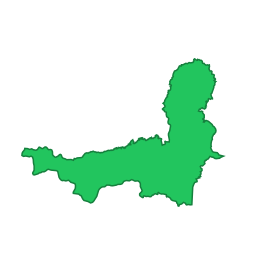 Novo Airão, Amazonas, Brazil, rotated 11°
{"feature_id": "56859067B99543147558304", "entity_name": "Novo Airão", "entity_type": "district", "adm_level": 2, "iso_a3": "BRA", "parent_name": "Brazil", "parent_adm1": "Amazonas", "projection": "robinson", "projection_center": [-61.712, -1.802], "detail": "fine", "context": "isolated", "style": "filled", "palette": "green", "viewbox_px": 256, "rotation_deg": 11, "n_neighbors": 0, "source": "geoboundaries", "source_scale": "gbopen_adm2", "svg_char_len": 5941}
<svg xmlns="http://www.w3.org/2000/svg" viewBox="0 0 256 256"><g transform="rotate(11 128 128)"><path d="M30.6,167.7L30.6,169.1L29.3,171.5L28.9,172.9L29.1,175.2L30.8,175.8L33.1,175.0L36.7,175.1L38.2,174.1L39.8,174.7L41.0,176.9L41.9,180.4L43.1,183.1L43.9,187.4L43.1,189.9L43.1,190.7L44.0,191.9L45.1,191.9L48.5,190.1L49.6,188.9L51.0,188.5L52.1,187.4L54.2,186.9L55.7,185.6L56.6,184.4L57.6,183.7L60.6,184.0L66.2,183.5L67.4,184.2L69.7,189.5L70.9,190.9L72.5,192.0L73.6,192.2L74.9,191.7L77.1,191.8L79.7,190.6L82.3,192.2L85.1,192.5L86.8,193.0L87.5,194.7L87.8,197.5L86.5,201.5L86.8,202.6L92.3,202.3L94.0,203.3L94.9,203.3L97.0,206.2L98.6,207.5L102.8,207.8L105.6,208.7L107.4,207.7L108.4,206.1L110.4,201.0L111.0,194.8L111.6,193.3L112.9,191.6L114.1,190.7L116.4,190.1L118.1,188.1L121.0,187.6L122.3,187.9L124.1,187.6L127.4,186.3L128.8,185.3L131.5,184.7L132.9,183.8L134.1,181.2L134.8,180.7L136.3,179.9L139.4,179.6L141.6,177.9L145.0,178.8L147.8,178.0L149.8,178.9L150.8,180.4L151.3,183.1L153.8,186.7L153.5,188.0L152.0,190.3L152.2,191.6L152.9,192.4L155.2,193.4L155.9,193.5L156.2,193.2L156.2,192.0L156.6,191.6L158.8,191.8L160.7,191.2L162.6,191.3L163.6,191.0L164.9,189.1L165.6,189.0L166.6,187.7L167.5,187.3L169.5,187.6L169.9,187.3L169.7,186.2L170.0,185.5L171.9,186.3L173.6,186.4L174.9,186.0L178.3,186.1L178.7,187.8L179.2,188.2L179.3,187.7L179.9,187.5L183.0,188.8L184.1,190.2L185.7,190.7L189.1,190.8L189.8,191.4L190.2,192.3L191.1,192.9L192.0,194.9L192.8,195.0L193.2,193.4L195.2,192.3L196.7,190.4L198.9,191.0L199.5,192.0L200.1,192.3L202.2,191.5L203.6,191.6L205.3,191.1L202.8,173.6L203.4,170.2L203.9,168.7L206.0,167.5L206.0,166.9L204.6,165.0L206.4,164.1L206.6,163.0L207.5,163.4L207.9,163.2L207.4,162.3L208.6,161.7L207.8,160.5L207.8,160.0L208.4,159.3L208.1,157.8L207.4,157.2L208.4,156.3L208.8,155.3L208.3,153.9L207.5,153.9L206.3,152.0L206.8,151.1L208.4,151.0L210.3,148.3L209.4,146.9L209.9,146.3L209.7,145.8L210.1,144.9L210.9,144.8L211.5,143.7L212.6,143.1L213.9,140.2L216.1,140.6L217.0,140.4L219.1,141.3L220.4,141.3L223.9,140.1L224.1,139.5L227.1,137.4L222.3,137.1L221.8,136.3L220.3,135.2L216.5,135.4L215.3,134.9L212.9,131.7L213.3,130.1L212.8,129.3L212.5,127.0L212.5,124.4L213.0,123.1L212.4,121.2L213.3,117.7L214.0,117.5L214.1,116.7L214.8,115.7L214.9,113.9L214.4,113.3L214.4,112.5L212.5,110.5L210.9,109.8L209.9,108.5L205.7,106.1L203.5,105.7L202.6,106.1L201.7,107.7L200.9,107.7L201.4,105.6L200.0,105.3L199.7,104.9L200.9,103.6L200.3,100.6L198.4,99.0L198.1,97.6L196.7,97.4L195.8,98.1L194.0,97.9L194.5,95.9L195.6,95.7L196.1,94.6L197.2,94.0L198.0,94.7L199.0,94.4L199.6,94.7L200.5,93.5L200.6,93.1L199.9,92.2L199.9,91.9L200.7,91.4L200.1,90.5L200.4,88.9L199.5,87.1L199.8,86.7L200.9,87.3L201.5,86.2L201.4,84.1L201.8,83.7L203.4,84.1L204.2,83.3L205.3,83.3L205.2,82.6L204.2,81.6L203.2,79.9L203.0,78.4L203.6,78.0L204.5,71.9L204.2,70.7L205.0,69.0L204.6,67.6L204.9,66.8L204.6,66.2L205.3,65.6L203.6,65.0L204.2,64.4L204.5,63.3L204.0,62.8L203.5,63.1L203.3,62.5L202.6,62.3L202.6,59.6L201.9,59.2L199.9,59.0L199.6,56.5L199.0,56.1L197.7,56.4L196.4,55.0L196.5,54.5L196.0,54.0L196.3,52.4L195.8,50.6L194.9,51.1L194.2,50.8L192.9,51.3L192.2,51.3L190.7,50.6L190.4,50.1L188.9,50.2L188.5,49.6L188.2,48.3L186.7,47.5L185.6,47.9L184.7,47.3L183.8,47.6L183.3,47.4L183.2,48.3L182.8,48.5L180.2,47.4L179.5,48.2L180.0,49.3L179.5,49.9L179.6,50.7L179.2,51.3L176.8,52.2L175.5,52.1L174.1,53.5L172.4,53.5L169.8,55.5L168.4,55.7L168.6,56.8L168.4,57.0L167.0,57.1L166.6,57.4L165.6,60.9L164.1,62.5L162.8,63.2L162.1,66.3L162.1,68.1L162.6,69.0L161.6,70.1L161.9,71.6L160.8,72.5L160.2,74.5L160.6,75.6L160.4,77.4L161.9,77.4L162.4,78.0L162.3,78.7L161.5,79.1L162.3,80.3L162.4,82.3L162.2,82.8L160.5,83.4L160.4,83.8L161.1,84.6L160.4,85.3L161.1,86.4L160.3,88.1L160.3,88.8L160.8,89.8L160.0,90.4L158.8,94.0L158.9,95.4L157.7,97.1L158.6,97.5L160.1,99.4L160.2,100.3L159.3,101.2L158.2,102.8L159.1,103.6L160.2,103.7L160.7,104.9L162.6,105.2L162.9,107.2L163.8,109.5L165.7,110.4L166.2,111.1L166.1,114.2L166.4,115.4L167.1,116.2L168.9,116.8L169.4,117.8L169.5,122.6L168.8,125.9L169.1,127.4L170.9,131.8L171.1,133.8L167.3,134.4L167.0,134.1L166.8,134.5L167.6,136.1L167.3,137.1L166.2,137.4L164.9,138.4L162.8,133.7L163.1,132.9L162.9,132.2L160.7,131.9L160.1,132.6L159.6,132.5L159.3,132.0L159.6,130.5L159.1,130.2L158.8,130.0L158.5,129.6L158.2,130.0L157.4,130.0L157.1,129.5L156.3,130.3L156.7,131.3L156.3,132.3L155.6,132.2L154.8,133.5L154.1,133.4L153.7,133.7L153.1,133.0L153.0,133.8L152.6,134.0L152.2,133.3L151.8,133.3L150.6,134.4L150.3,135.3L149.5,135.4L148.8,136.4L148.3,136.4L148.0,136.9L147.4,136.7L146.9,135.7L145.9,135.4L145.4,136.3L143.8,136.2L144.2,135.0L143.8,134.8L141.8,135.7L141.6,136.2L142.1,136.3L141.7,137.0L140.8,136.3L140.5,136.8L141.3,137.7L139.9,138.4L139.1,140.3L138.6,140.8L138.2,140.7L137.7,141.8L136.9,142.1L136.7,141.7L136.2,141.9L136.2,140.2L135.4,139.6L134.9,138.7L133.5,140.3L133.0,141.9L133.2,142.3L132.8,142.5L133.9,143.8L133.0,144.2L131.9,143.6L131.5,143.7L131.3,145.1L129.5,146.6L129.2,147.8L128.8,148.4L128.3,147.9L127.7,148.3L127.5,147.7L127.0,148.1L125.9,147.7L125.2,149.3L124.5,148.5L123.2,149.1L122.7,148.9L122.6,149.4L121.5,150.2L120.9,149.4L120.2,149.7L119.8,150.1L120.0,150.6L119.1,150.5L118.7,151.3L118.2,151.3L118.1,152.2L116.8,152.9L116.4,152.6L115.6,153.3L115.1,153.1L113.8,153.8L113.3,153.6L112.7,153.8L110.7,155.2L109.2,155.5L108.7,156.3L107.2,157.2L106.2,157.1L105.8,157.6L105.2,157.7L103.4,157.4L101.8,158.1L101.0,157.6L100.0,157.9L98.2,157.4L97.2,158.2L96.1,158.3L95.6,159.0L94.5,159.4L94.1,160.1L92.1,160.3L90.8,161.1L89.2,164.0L89.0,165.0L88.0,165.9L83.8,167.1L82.1,168.4L81.1,168.2L80.6,170.1L78.2,169.8L73.9,170.8L72.0,170.2L70.1,170.1L68.8,169.2L67.6,167.2L66.7,166.8L65.9,167.2L64.7,168.9L62.7,170.5L61.6,170.4L59.7,169.3L59.0,168.4L58.4,165.8L57.4,164.2L56.3,163.9L54.0,164.4L52.0,162.7L51.0,162.3L50.1,162.5L48.3,164.4L47.6,164.6L44.9,163.7L44.3,163.9L43.2,166.4L41.9,167.4L39.1,167.4L37.5,166.8L35.5,167.8L33.4,167.4L30.6,167.7Z" fill="#22c55e" stroke="#15803d" stroke-width="1.5"/></g></svg>